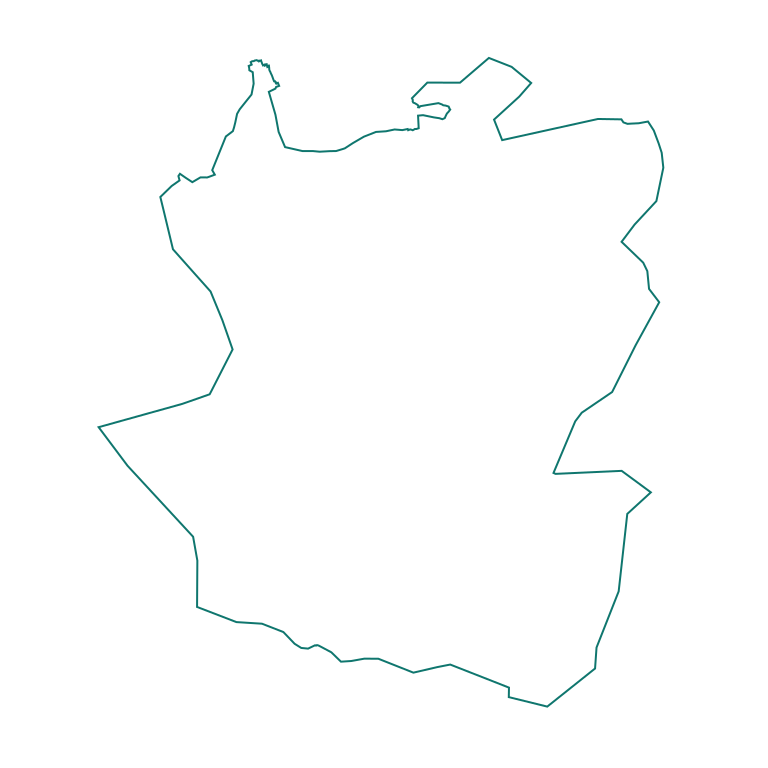 the district of Mafa, Borno, Nigeria, rotated 88°
{"feature_id": "59680162B20020413332718", "entity_name": "Mafa", "entity_type": "district", "adm_level": 2, "iso_a3": "NGA", "parent_name": "Nigeria", "parent_adm1": "Borno", "projection": "orthographic", "projection_center": [13.35, 11.959], "detail": "fine", "context": "isolated", "style": "outline", "palette": "teal", "viewbox_px": 768, "rotation_deg": 88, "n_neighbors": 0, "source": "geoboundaries", "source_scale": "gbopen_adm2", "svg_char_len": 2794}
<svg xmlns="http://www.w3.org/2000/svg" viewBox="0 0 768 768"><g transform="rotate(88 384 384)"><path d="M712.1,232.1L675.7,183.0L654.8,180.8L634.6,172.0L599.4,156.7L522.3,145.4L501.6,121.1L479.1,149.5L479.8,215.7L478.8,217.7L428.0,194.2L419.6,187.4L400.0,156.3L354.1,131.2L311.9,106.1L298.2,115.8L280.4,116.9L271.8,120.7L250.2,141.6L233.4,128.0L210.7,105.4L177.6,97.3L162.6,98.4L153.2,101.1L140.1,105.5L130.9,111.0L132.3,120.3L132.4,127.9L132.5,131.6L130.9,135.6L127.8,137.5L126.6,160.9L144.4,257.4L123.6,264.8L101.5,238.8L88.3,226.4L71.5,245.4L61.8,267.8L85.5,297.5L84.3,330.2L99.4,346.1L101.1,345.3L102.6,345.5L103.8,344.9L104.5,343.3L105.4,341.9L106.3,340.6L107.5,339.8L108.6,340.2L108.8,339.2L107.6,337.9L105.2,319.8L106.7,316.2L107.5,315.1L107.9,312.7L109.0,309.7L109.9,309.3L110.4,309.3L110.7,309.0L111.0,308.8L111.6,308.8L112.1,308.3L114.1,309.9L115.9,311.7L117.9,312.8L120.4,314.0L121.4,316.4L120.3,319.4L119.3,324.8L116.7,335.6L117.0,340.6L129.6,340.4L130.3,342.8L130.2,344.2L131.0,345.6L131.4,346.4L130.9,347.5L130.5,349.0L131.2,351.0L130.0,351.4L130.9,356.8L130.0,364.5L131.5,373.2L131.8,383.2L136.1,395.4L142.0,406.4L142.7,407.6L147.1,414.9L147.7,416.9L149.5,423.7L149.4,430.2L149.6,440.2L148.7,447.1L148.4,457.2L143.8,474.6L128.4,480.5L111.1,483.1L88.0,488.9L85.0,482.2L83.4,481.5L82.8,479.6L82.4,478.4L81.1,478.9L79.5,479.4L79.3,479.5L80.0,481.0L79.1,481.2L79.3,481.7L77.6,482.4L77.6,483.3L75.6,484.0L72.5,485.0L70.9,485.6L70.1,486.0L68.6,486.6L67.9,486.8L67.3,487.2L66.7,487.4L66.2,487.6L65.3,487.7L65.1,487.7L64.0,487.7L63.4,487.8L61.7,487.9L61.7,488.0L61.9,488.4L62.0,489.0L62.9,488.7L63.2,489.5L61.0,490.0L60.3,490.1L60.4,490.9L60.8,490.8L61.0,490.8L61.4,491.5L61.7,492.0L61.3,492.2L60.8,492.5L61.2,493.1L61.4,493.8L60.8,494.0L60.1,494.4L59.2,494.7L57.1,495.4L56.3,495.6L56.6,496.5L56.8,496.9L56.9,497.3L57.1,497.6L56.5,497.8L56.6,498.2L56.6,498.9L56.3,499.3L55.9,499.9L56.1,501.0L56.2,501.9L56.8,502.9L56.8,503.5L56.8,504.1L56.9,504.4L57.0,504.9L57.7,506.0L59.1,505.5L60.2,505.1L60.8,506.5L61.4,508.1L63.5,507.7L65.8,507.6L67.8,504.3L79.3,503.8L90.1,506.3L96.0,511.4L104.4,518.6L108.9,521.4L117.4,523.5L122.3,524.9L126.0,526.2L131.1,533.4L164.3,548.2L168.9,545.8L170.8,551.5L171.4,553.5L171.1,560.2L175.6,568.5L171.0,575.0L166.8,580.6L169.0,582.2L173.4,581.2L178.7,589.3L189.3,601.0L202.8,598.2L242.0,590.2L267.1,569.4L285.5,554.1L314.6,543.3L344.2,534.1L385.4,557.0L388.2,558.6L396.8,586.2L417.2,670.7L456.7,643.2L530.0,580.1L554.0,576.7L600.3,578.6L616.8,539.8L619.3,514.3L628.4,493.2L640.5,482.4L644.9,475.9L645.8,469.1L642.7,462.0L643.1,461.1L642.6,460.1L643.1,458.5L644.4,456.2L650.3,446.0L660.0,436.7L659.7,426.4L657.8,413.2L658.4,399.2L673.5,364.7L668.8,340.7L666.7,327.6L691.8,269.7L701.3,270.2L712.1,232.1Z" fill="none" stroke="#0f766e" stroke-width="2"/></g></svg>